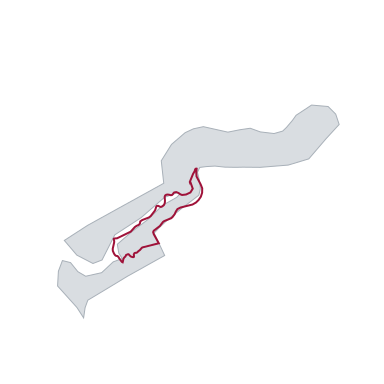 Gambia, with Lower River highlighted, rotated 330°
{"feature_id": "GMB-2154", "entity_name": "Lower River", "entity_type": "Division", "adm_level": 1, "iso_a3": "GMB", "parent_name": "Gambia", "parent_adm1": "", "projection": "equal_earth", "projection_center": [-15.76, 13.406], "detail": "fine", "context": "in_parent", "style": "outline", "palette": "rose", "viewbox_px": 384, "rotation_deg": 330, "n_neighbors": 0, "source": "natural_earth", "source_scale": "10m", "svg_char_len": 2494}
<svg xmlns="http://www.w3.org/2000/svg" viewBox="0 0 384 384"><g transform="rotate(330 192 192)"><path d="M57.2,170.1L84.9,168.7L118.3,169.3L154.8,170.0L171.9,170.3L181.0,149.6L198.1,140.5L215.7,137.2L224.8,138.0L234.5,141.1L253.0,158.1L264.5,162.0L274.3,165.9L281.2,174.1L292.3,182.4L301.0,184.6L306.2,183.3L314.8,180.2L320.5,177.6L339.0,176.5L352.6,186.0L355.4,196.4L353.2,207.1L335.0,212.8L309.7,221.7L288.8,216.8L263.3,204.7L248.4,195.9L242.2,192.5L232.9,186.9L224.8,181.0L217.0,177.1L211.0,174.6L206.6,177.7L204.4,185.1L200.9,193.3L196.3,198.2L175.0,201.0L155.9,204.1L145.6,206.6L138.7,208.6L136.6,233.3L114.9,233.0L93.6,232.7L71.5,233.2L47.7,233.6L41.6,238.7L35.2,246.8L34.6,234.5L28.6,206.2L36.7,193.8L45.5,186.6L51.5,192.4L53.3,203.9L57.8,211.8L73.4,216.7L88.9,213.1L98.3,214.8L98.0,208.4L101.2,199.9L120.0,196.3L139.8,193.8L160.2,188.8L176.1,189.0L180.9,187.5L179.8,185.4L165.4,182.9L134.9,188.8L103.7,190.5L80.1,205.9L70.5,204.4L60.7,189.1L57.2,170.1Z" fill="#d9dde1" stroke="#a8b0b8" stroke-width="1"/><path d="M207.7,174.1L205.3,177.5L203.7,180.8L203.3,189.8L202.7,193.9L200.4,197.7L197.3,200.5L193.7,202.2L190.2,203.1L186.2,203.1L174.3,199.7L170.9,199.5L168.3,200.8L165.8,202.6L162.5,204.0L160.8,204.3L153.4,203.3L152.0,203.4L147.1,205.4L139.5,206.4L138.3,207.3L137.8,209.4L137.6,219.8L121.7,215.3L120.8,215.2L117.9,216.2L115.6,216.5L114.8,216.8L114.1,216.9L113.4,216.8L112.4,216.3L111.6,216.2L110.4,216.9L109.7,218.5L109.3,219.1L108.7,219.1L107.9,218.6L106.8,217.3L106.4,216.2L106.2,215.3L106.1,214.5L105.6,213.9L103.5,213.6L102.0,214.6L100.8,214.8L99.7,215.3L98.7,216.1L97.8,217.2L96.8,218.2L96.3,217.4L95.8,213.4L95.8,211.7L95.5,210.3L94.8,209.7L94.3,209.3L93.9,208.5L93.7,207.3L93.7,206.1L94.0,203.4L94.9,201.6L99.3,196.8L100.1,195.6L100.5,194.1L100.9,193.4L102.0,193.6L103.8,194.6L119.1,195.7L124.9,193.8L127.0,193.6L128.2,193.7L128.8,193.8L129.3,193.8L130.4,193.6L131.2,193.1L131.8,192.5L132.2,191.9L132.5,191.6L134.9,191.4L141.9,192.5L144.2,192.2L150.5,189.6L151.6,188.8L153.6,186.9L154.6,186.5L155.7,187.0L157.2,189.1L158.3,189.6L159.8,189.5L161.0,189.3L162.0,188.7L163.2,187.6L164.2,186.1L165.9,182.5L167.0,181.6L168.3,181.5L169.6,182.0L170.9,183.0L171.8,184.0L173.0,184.6L174.1,184.4L175.3,183.8L176.3,183.5L178.3,184.2L179.7,186.0L180.7,188.1L181.9,189.6L185.6,191.2L190.4,191.6L194.3,189.5L195.4,183.5L194.8,183.5L195.1,182.2L201.9,176.9L204.7,175.3L206.0,174.0L206.8,173.7L207.5,173.9L207.7,174.1L207.7,174.1Z" fill="none" stroke="#9f1239" stroke-width="2"/></g></svg>